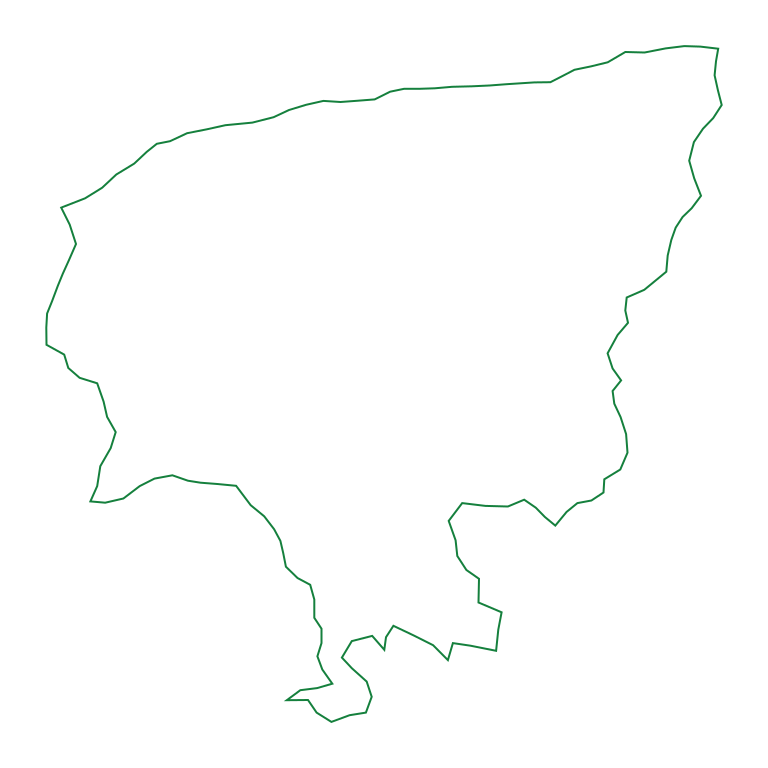 outline of Moeda, Minas Gerais, Brazil, rotated 270°
{"feature_id": "56859067B15311257315024", "entity_name": "Moeda", "entity_type": "district", "adm_level": 2, "iso_a3": "BRA", "parent_name": "Brazil", "parent_adm1": "Minas Gerais", "projection": "albers", "projection_center": [-44.004, -20.33], "detail": "fine", "context": "isolated", "style": "outline", "palette": "green", "viewbox_px": 768, "rotation_deg": 270, "n_neighbors": 0, "source": "geoboundaries", "source_scale": "gbopen_adm2", "svg_char_len": 2032}
<svg xmlns="http://www.w3.org/2000/svg" viewBox="0 0 768 768"><g transform="rotate(270 384 384)"><path d="M719.3,718.2L721.4,700.3L721.9,684.3L719.6,665.6L715.5,644.6L716.0,625.3L705.7,607.7L701.6,590.9L698.2,574.4L692.3,563.1L685.8,550.4L685.6,534.4L683.8,506.6L682.5,489.5L681.7,471.9L681.2,452.1L679.7,434.7L679.2,419.6L679.2,404.1L676.3,390.1L668.6,374.7L667.3,358.1L666.0,340.5L667.1,323.4L663.2,306.1L658.0,289.0L650.8,273.6L645.4,252.4L642.8,225.4L638.7,206.9L634.8,187.1L626.8,170.0L624.2,156.8L616.2,146.8L604.4,134.2L593.5,116.3L580.3,102.2L569.7,85.1L560.4,61.2L543.4,69.7L524.0,76.0L508.2,69.1L494.3,62.8L482.1,57.8L466.9,52.1L454.5,47.1L440.5,46.3L423.2,46.5L413.4,64.2L400.0,68.3L390.2,79.6L384.7,97.2L366.4,103.6L351.1,107.1L335.9,115.7L319.9,110.7L301.8,100.3L281.9,97.2L266.6,90.4L265.3,105.2L269.5,123.4L281.9,139.7L289.4,154.5L292.7,172.4L287.3,187.9L285.3,200.5L284.0,217.3L282.2,236.1L262.8,250.7L251.7,264.2L238.8,274.1L227.1,280.4L215.0,283.2L201.3,285.9L190.0,297.5L183.2,310.2L168.5,314.3L150.2,314.3L139.3,321.5L124.9,321.5L111.7,317.4L98.5,322.3L84.3,332.3L79.9,317.1L77.8,300.3L67.8,286.8L68.0,308.0L55.4,316.6L46.1,331.4L52.8,349.6L55.4,365.9L71.2,371.7L86.4,366.7L99.8,351.8L110.4,341.9L126.9,351.8L132.1,372.2L118.2,384.3L130.8,386.0L142.2,393.4L132.4,414.0L122.8,433.1L107.9,447.9L124.9,452.9L122.3,470.5L117.2,496.1L138.4,498.3L155.7,501.6L165.5,478.5L189.2,479.0L198.0,466.4L212.0,457.3L227.7,455.6L247.1,448.7L264.9,462.2L262.1,485.4L261.5,507.9L268.3,524.2L260.3,535.8L251.0,544.9L242.4,555.3L256.1,566.6L264.9,577.4L267.5,591.4L275.5,603.5L288.7,604.3L298.5,620.3L315.3,627.5L333.9,626.1L350.9,620.6L364.3,614.3L377.0,612.6L387.6,621.1L399.5,612.6L414.7,607.6L433.0,617.6L445.2,628.0L457.5,625.3L470.5,626.7L478.2,644.3L487.0,655.0L496.3,666.3L512.5,667.7L528.0,671.3L540.4,675.7L551.0,682.6L559.8,691.7L572.2,701.0L589.7,694.2L607.3,689.2L625.9,693.9L639.3,703.0L649.9,713.2L663.0,721.7L677.8,717.9L692.7,714.6L706.7,716.0L719.3,718.2Z" fill="none" stroke="#15803d" stroke-width="2"/></g></svg>